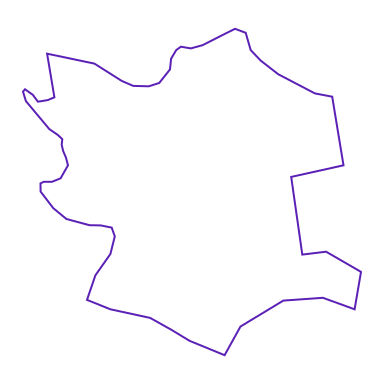 the border of Iecavas
{"feature_id": "LVA-5736", "entity_name": "Iecavas", "entity_type": "Municipality", "adm_level": 1, "iso_a3": "LVA", "parent_name": "Latvia", "parent_adm1": "", "projection": "mercator", "projection_center": [24.152, 56.602], "detail": "fine", "context": "isolated", "style": "outline", "palette": "violet", "viewbox_px": 384, "rotation_deg": 0, "n_neighbors": 0, "source": "natural_earth", "source_scale": "10m", "svg_char_len": 832}
<svg xmlns="http://www.w3.org/2000/svg" viewBox="0 0 384 384"><path d="M235.0,28.8L245.7,32.8L250.7,50.1L260.7,60.6L278.3,74.3L314.9,93.4L332.2,96.7L343.5,165.3L291.2,176.9L302.3,254.6L326.1,251.7L361.0,271.9L354.6,309.3L322.9,297.8L283.3,300.6L240.5,326.5L224.6,355.2L189.7,340.9L170.7,329.4L150.1,317.9L110.4,309.3L87.0,299.9L95.4,275.3L110.4,254.0L114.8,236.4L111.7,227.6L100.7,225.4L89.4,225.2L66.4,219.0L53.3,208.2L40.6,191.6L40.5,183.4L43.7,181.8L52.0,181.8L60.6,178.3L68.0,165.3L66.0,157.7L63.1,150.9L61.7,144.7L62.3,139.2L58.0,135.1L49.3,129.1L25.9,101.1L23.0,91.6L25.0,89.3L32.8,94.8L37.9,101.7L47.7,100.1L54.4,97.3L47.1,53.7L94.4,63.6L121.7,80.9L133.3,85.9L148.8,86.3L159.2,83.0L170.0,69.4L171.1,58.7L176.2,50.1L180.9,46.7L190.8,48.4L202.5,45.2L221.4,35.6L235.0,28.8Z" fill="none" stroke="#5b21b6" stroke-width="2"/></svg>